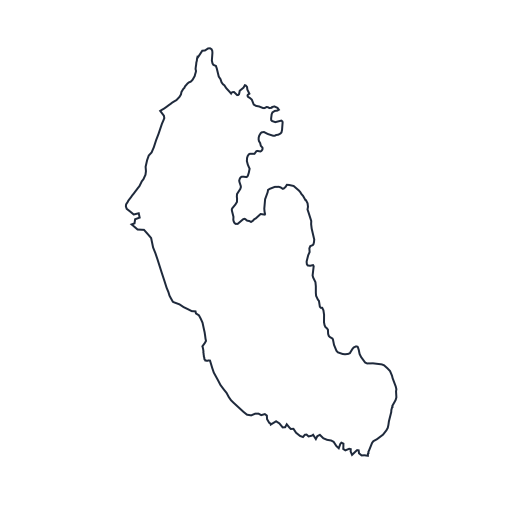 outline of Mandiana, Mandiana, Guinea, rotated 353°
{"feature_id": "49546643B67473886511689", "entity_name": "Mandiana", "entity_type": "district", "adm_level": 2, "iso_a3": "GIN", "parent_name": "Guinea", "parent_adm1": "Mandiana", "projection": "equal_earth", "projection_center": [-8.547, 10.818], "detail": "fine", "context": "isolated", "style": "outline", "palette": "slate", "viewbox_px": 512, "rotation_deg": 353, "n_neighbors": 0, "source": "geoboundaries", "source_scale": "gbopen_adm2", "svg_char_len": 5991}
<svg xmlns="http://www.w3.org/2000/svg" viewBox="0 0 512 512"><g transform="rotate(353 256 256)"><path d="M342.7,467.9L342.9,466.7L343.0,465.9L343.7,465.3L343.6,464.3L345.0,461.9L348.4,455.7L349.9,454.1L353.7,452.6L360.3,448.8L364.2,444.9L365.4,443.2L365.8,442.7L366.8,439.9L367.8,436.2L371.2,427.4L371.6,425.3L372.7,422.6L373.1,422.5L373.1,421.3L376.0,417.4L377.1,415.8L378.1,413.4L378.5,407.4L379.1,405.3L378.9,403.7L378.8,402.6L376.7,393.9L376.4,391.4L375.0,386.5L372.7,383.4L369.8,380.1L367.6,378.9L359.1,376.8L353.3,376.2L352.7,375.9L351.3,375.0L348.0,369.1L346.9,366.0L346.7,363.8L346.6,362.1L346.0,358.9L345.7,358.4L344.3,357.9L341.8,358.7L340.4,360.0L338.0,363.0L337.6,363.6L337.3,363.9L335.6,364.4L332.4,364.4L330.0,363.8L325.5,361.6L324.3,359.9L322.6,353.7L322.2,348.3L321.8,347.2L321.5,347.0L319.4,345.4L318.5,344.2L318.1,342.1L318.4,338.0L317.7,336.6L316.2,334.9L315.6,332.9L315.5,331.2L315.4,330.2L316.4,322.6L316.3,318.3L316.3,318.1L315.4,315.5L314.7,315.4L314.0,315.3L313.2,314.1L313.0,308.3L312.1,306.8L310.8,302.9L310.9,299.9L311.7,293.3L311.8,289.3L311.8,289.2L310.1,284.3L309.8,282.2L312.0,273.2L311.5,272.0L308.5,272.3L306.2,271.7L305.5,270.4L305.5,268.1L305.7,267.3L306.0,266.5L307.9,261.6L309.7,258.6L309.9,254.9L311.1,252.8L313.7,252.1L314.6,251.1L314.8,250.4L315.2,249.5L315.8,246.8L314.6,235.6L314.6,231.2L315.1,228.0L313.5,219.5L312.8,216.1L313.6,213.5L313.6,210.0L312.4,206.7L311.9,206.6L310.0,202.0L308.6,200.0L307.8,198.1L306.6,196.3L301.9,191.1L297.4,189.5L295.3,189.1L293.8,191.0L292.5,191.9L292.0,192.3L290.8,192.6L289.7,191.7L288.8,190.9L287.0,190.1L283.0,189.7L277.9,191.0L276.0,191.9L275.5,193.6L275.3,194.2L272.3,200.1L272.0,200.6L270.0,210.0L269.9,212.4L269.9,213.4L270.1,215.5L269.7,216.0L265.7,214.9L260.3,218.7L258.9,219.2L258.5,219.5L257.1,220.7L255.2,221.6L253.7,220.5L252.0,220.0L251.2,219.6L249.9,218.1L249.2,217.8L249.1,217.7L247.8,217.9L241.7,221.9L239.6,221.6L238.5,220.3L238.0,218.5L237.9,217.3L238.4,214.4L237.6,208.0L237.7,206.7L237.8,206.5L238.2,205.8L241.8,202.4L243.7,200.0L244.2,196.6L244.2,195.2L244.2,194.9L244.7,192.2L248.6,187.5L249.4,185.7L249.4,184.6L248.6,180.5L248.5,179.2L248.7,178.8L249.1,177.7L250.0,176.4L251.2,175.6L252.9,175.7L256.2,176.5L257.0,176.1L257.7,175.3L257.8,175.1L259.0,172.5L260.3,168.6L259.6,166.4L259.0,164.3L258.5,160.6L258.9,158.7L259.0,157.8L259.9,155.8L261.3,154.2L262.5,153.8L266.9,154.4L269.2,152.0L270.3,151.9L273.1,152.8L274.1,152.4L275.2,151.3L275.4,150.9L275.6,150.2L275.6,149.2L274.2,147.2L273.9,144.5L272.9,142.2L272.9,141.7L272.8,140.7L273.0,139.4L273.1,138.8L273.9,136.9L275.6,134.7L276.6,134.0L279.0,133.9L282.2,136.1L282.9,136.5L287.6,138.7L289.4,138.9L290.6,138.4L293.0,138.3L295.2,137.4L296.3,136.5L296.9,134.9L297.2,134.1L298.2,129.1L298.7,126.7L298.6,125.7L297.7,124.7L296.9,124.8L291.5,125.5L288.4,124.0L287.9,123.3L287.7,123.1L287.7,121.9L287.8,121.2L288.8,117.3L289.8,115.5L292.3,114.3L294.9,114.3L296.5,113.6L295.4,111.6L292.5,109.8L290.1,110.1L289.6,110.8L287.3,110.8L286.0,109.8L284.7,109.4L282.6,110.2L281.0,110.0L277.2,107.9L276.8,107.8L274.3,107.0L272.2,105.4L270.9,100.3L269.3,98.5L267.9,97.4L267.5,97.1L267.1,96.0L267.5,95.0L269.2,94.1L268.6,92.4L267.7,89.8L267.7,87.2L266.7,85.6L266.0,85.2L265.8,85.1L264.1,87.4L260.0,90.0L259.2,92.4L258.8,93.4L258.0,94.0L256.9,94.0L254.2,90.6L252.9,90.5L251.3,91.0L251.0,91.6L249.5,89.4L247.2,86.2L246.9,85.7L246.6,85.2L245.4,82.7L244.2,81.6L243.0,79.5L242.3,76.1L240.9,73.4L239.9,64.9L239.7,64.1L239.4,62.5L237.0,61.1L236.3,59.6L236.0,56.7L237.5,49.1L237.6,47.1L237.1,45.4L235.8,44.3L233.8,44.1L230.4,45.8L227.7,45.7L222.6,51.7L222.2,51.3L221.5,53.0L221.1,54.9L220.4,56.6L219.9,58.8L219.3,60.9L218.8,63.0L219.0,65.1L218.5,66.5L217.7,68.3L217.1,69.9L216.0,71.4L214.6,73.3L213.3,74.4L212.3,75.1L210.8,75.4L209.1,76.4L208.0,77.4L206.2,79.0L205.4,80.4L204.3,81.2L203.4,82.3L202.0,84.1L201.2,86.5L199.5,88.7L197.7,90.2L196.0,91.6L193.8,92.5L191.4,93.6L189.8,94.6L187.9,95.6L185.3,97.1L182.7,98.5L180.5,99.4L178.6,100.3L181.7,105.6L181.7,106.4L181.8,107.9L180.7,110.0L178.8,113.2L176.4,118.2L174.1,123.0L171.0,128.8L167.8,135.7L165.8,139.1L165.0,140.5L161.8,143.2L159.6,147.6L157.3,154.0L157.1,158.4L156.2,161.9L154.7,164.3L154.0,165.5L153.6,166.1L153.2,166.5L151.6,168.1L151.1,169.0L149.9,170.8L148.7,172.6L147.2,174.0L145.3,176.0L143.9,177.4L142.3,179.1L140.4,180.9L139.2,182.3L138.1,183.4L136.7,184.8L135.9,185.7L134.9,187.2L133.8,188.3L133.2,189.4L133.0,190.5L132.9,191.1L133.2,192.3L133.4,193.4L136.5,196.5L139.7,199.9L144.8,199.3L145.2,203.7L140.5,204.8L139.4,208.8L136.4,209.5L141.7,215.3L148.0,216.4L151.4,221.3L154.1,225.4L154.9,235.0L156.5,241.0L157.9,247.8L160.3,260.6L162.1,269.7L163.4,276.6L164.7,281.3L165.3,284.8L166.3,287.4L167.9,291.3L169.0,292.0L174.2,294.7L177.9,297.9L182.1,300.6L185.5,302.9L189.2,303.6L189.4,305.7L192.1,307.9L193.5,311.5L194.8,315.7L195.3,321.4L195.7,325.5L195.8,329.2L195.8,331.8L196.0,334.2L194.6,336.1L191.8,339.1L192.0,340.1L192.1,341.4L192.2,342.3L192.2,342.8L192.2,343.2L192.2,344.5L192.0,345.1L192.1,346.7L192.0,347.4L192.1,348.5L192.0,349.4L192.3,350.8L192.2,351.2L192.3,352.4L192.9,353.1L193.0,353.6L194.1,353.8L194.6,354.1L196.0,353.9L196.7,354.0L197.6,354.2L198.9,361.8L199.9,366.6L201.3,370.1L203.1,374.6L205.0,379.7L207.8,384.6L210.1,388.3L211.8,392.7L213.6,396.1L215.9,399.0L221.7,405.8L224.5,409.1L227.7,412.4L231.8,413.6L236.0,412.4L239.3,412.8L241.8,414.6L245.5,414.0L247.3,415.7L247.1,419.3L248.8,423.2L250.0,424.1L250.1,425.1L255.8,422.5L258.8,425.0L261.6,429.4L264.1,429.5L266.0,426.8L268.2,430.3L269.4,431.9L272.1,432.1L274.2,436.3L277.8,440.0L280.6,441.4L282.7,439.4L284.4,439.4L286.2,441.5L289.7,441.1L290.9,440.4L293.1,445.0L294.9,442.3L297.6,441.3L300.6,445.1L304.1,447.1L308.1,448.3L310.4,449.9L312.6,454.4L314.7,456.9L316.8,452.8L318.0,451.7L319.9,452.9L319.6,455.1L319.1,458.2L321.0,459.8L325.0,458.7L326.5,459.3L326.1,461.5L327.1,465.1L331.5,461.8L332.7,461.0L334.2,461.4L334.2,464.4L336.5,466.8L339.3,467.0L342.7,467.9Z" fill="none" stroke="#1e293b" stroke-width="2"/></g></svg>